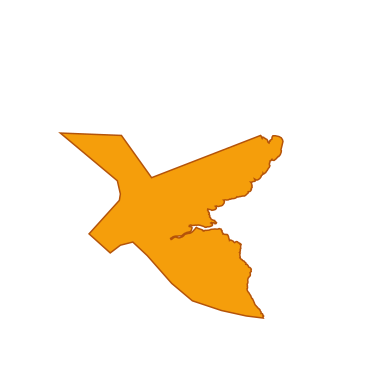 the district of Imeong, Palau, rotated 132°
{"feature_id": "81905179B35739525053108", "entity_name": "Imeong", "entity_type": "district", "adm_level": 2, "iso_a3": "PLW", "parent_name": "Palau", "parent_adm1": "", "projection": "orthographic", "projection_center": [134.514, 7.531], "detail": "fine", "context": "isolated", "style": "filled", "palette": "amber", "viewbox_px": 384, "rotation_deg": 132, "n_neighbors": 0, "source": "geoboundaries", "source_scale": "gbopen_adm2", "svg_char_len": 5780}
<svg xmlns="http://www.w3.org/2000/svg" viewBox="0 0 384 384"><g transform="rotate(132 192 192)"><path d="M197.2,282.3L236.3,329.3L233.6,255.0L241.4,243.9L246.8,240.4L292.0,240.5L292.0,212.0L279.4,209.6L268.8,202.5L269.2,182.7L273.5,145.9L272.6,118.9L260.4,90.9L247.8,68.7L238.0,54.7L237.7,55.4L237.5,55.7L236.9,55.6L236.5,55.6L236.2,55.9L236.4,56.3L236.2,56.7L236.2,57.0L235.9,57.0L235.8,57.4L235.4,58.1L235.5,58.7L235.6,59.0L236.1,59.4L235.4,59.9L234.9,60.5L234.7,61.6L234.4,62.4L234.0,62.8L234.1,63.7L233.9,64.1L234.1,64.7L234.0,65.7L233.8,66.6L233.9,67.2L233.7,68.1L233.6,69.5L233.1,70.8L232.6,71.6L232.2,72.6L231.7,73.6L231.3,74.5L231.1,75.1L230.8,75.7L231.1,76.2L230.8,76.9L230.4,77.7L230.3,78.2L229.8,78.8L229.6,79.7L229.2,81.2L229.0,81.7L228.8,82.3L228.7,83.2L228.6,84.0L227.9,85.5L227.0,86.4L226.6,86.3L226.1,86.7L225.4,87.1L225.2,87.7L224.4,88.2L224.1,88.8L223.5,89.4L222.9,89.4L222.1,89.8L221.5,90.2L220.9,90.8L220.2,91.7L219.7,92.0L218.7,92.5L218.2,92.7L217.6,92.6L216.6,92.8L215.8,92.7L215.2,92.7L214.5,93.3L213.9,93.7L213.6,94.3L213.0,95.0L212.2,94.8L211.4,94.8L210.8,95.5L210.4,96.1L209.8,96.2L209.5,96.9L209.4,97.8L209.4,98.6L209.9,99.6L209.6,100.2L209.2,101.1L209.1,101.9L209.0,102.7L209.7,103.6L209.1,103.8L208.6,104.8L208.8,105.8L208.5,106.9L209.0,108.4L209.1,108.9L208.8,109.4L208.9,110.2L209.2,111.0L208.9,111.5L208.9,113.1L208.5,112.2L207.8,113.0L207.3,113.8L206.8,114.3L206.4,114.7L205.5,115.1L205.3,116.2L204.3,116.0L204.1,116.6L203.0,117.0L202.8,117.4L202.2,118.0L201.6,117.8L201.1,118.1L200.7,118.7L200.1,119.3L199.3,119.8L198.8,120.2L198.2,120.3L198.0,121.0L198.1,121.8L198.6,121.7L198.4,122.3L198.4,123.2L198.8,123.6L198.6,124.2L198.6,125.0L198.9,125.5L199.3,126.0L200.6,126.3L201.1,126.4L201.2,126.9L201.2,127.4L201.1,127.9L201.0,128.5L201.3,129.2L201.4,130.0L201.6,130.6L202.0,131.3L202.6,131.4L203.0,131.6L202.6,132.0L202.5,132.5L202.1,132.9L201.4,134.2L200.6,135.2L200.1,136.5L200.0,137.2L200.2,137.7L200.7,138.0L200.8,138.5L201.5,139.1L201.7,139.6L201.9,140.0L202.5,140.8L201.9,141.2L202.0,141.9L201.8,142.4L201.4,143.2L200.9,143.4L200.6,143.9L200.9,144.2L200.4,145.1L200.1,145.6L200.7,146.4L200.7,146.9L201.2,147.5L201.9,147.7L202.9,148.5L203.5,149.4L204.2,150.3L205.7,151.6L206.3,152.3L207.5,153.2L208.4,153.5L209.4,154.2L210.1,154.9L211.1,155.8L211.6,156.5L212.2,156.9L212.7,156.9L213.1,157.0L213.1,157.6L213.5,157.9L213.5,158.5L213.2,158.6L213.4,159.5L214.0,160.9L214.8,162.7L215.2,164.0L215.3,165.0L216.2,165.2L217.2,165.0L218.6,165.0L220.3,165.0L221.9,165.1L223.9,165.8L224.4,166.2L225.5,167.2L226.7,168.0L227.8,168.7L228.5,169.0L230.3,168.9L231.8,169.2L233.1,169.9L234.2,170.4L235.2,171.4L235.8,172.7L236.4,173.9L236.9,174.5L238.1,175.0L239.5,175.2L241.0,175.5L241.3,175.8L240.8,176.9L239.2,176.4L238.5,176.3L237.7,176.0L236.9,175.5L236.1,175.0L235.3,174.2L234.3,173.1L233.2,172.1L232.7,171.6L231.9,170.8L231.2,170.3L229.9,170.2L229.0,170.0L227.9,169.9L227.1,169.4L226.1,169.1L225.2,168.6L224.2,167.8L223.1,167.1L222.3,166.7L221.8,166.7L220.5,167.0L219.7,167.5L219.0,167.7L218.4,168.2L218.3,168.9L218.8,169.8L219.3,170.6L219.5,171.0L219.0,171.2L218.6,171.6L217.8,171.0L217.2,170.8L217.1,170.0L216.6,169.4L216.4,169.0L215.7,168.5L215.0,167.8L214.2,167.2L213.9,166.7L213.1,165.9L212.4,165.4L212.2,165.0L211.7,164.3L211.2,163.5L210.8,162.5L209.9,160.6L209.6,159.7L209.5,158.8L209.3,158.7L209.2,158.3L209.0,158.2L208.4,157.6L207.7,157.4L207.1,156.7L206.4,156.0L205.5,155.4L204.2,154.8L203.9,154.6L203.3,154.6L202.7,154.7L202.3,155.2L202.4,156.5L202.5,157.3L202.1,157.2L201.6,157.1L201.7,156.5L201.1,156.2L200.9,155.5L200.3,155.4L200.0,154.3L200.2,153.6L199.3,153.4L199.3,153.1L198.9,153.1L198.8,153.3L198.4,153.3L198.3,154.6L198.4,155.7L198.0,156.1L198.6,157.1L199.2,158.6L199.2,159.4L199.4,160.1L198.8,160.9L198.8,161.5L198.8,162.3L197.9,162.6L197.4,163.7L197.4,164.4L196.7,164.4L195.8,165.6L196.1,165.9L195.8,166.7L195.3,167.0L195.1,168.3L194.1,168.9L193.7,168.1L192.9,166.7L192.6,166.2L192.3,164.9L191.3,164.3L190.8,163.7L189.9,163.4L189.5,163.0L188.0,162.9L187.3,163.6L186.8,163.9L186.9,165.1L186.0,164.5L185.5,163.1L184.8,162.4L184.0,162.0L183.4,161.5L182.7,161.0L181.6,160.5L180.6,160.5L179.8,160.6L178.5,160.8L177.8,161.5L177.3,161.6L176.9,162.5L176.9,163.1L175.4,161.9L174.8,160.9L173.3,159.6L172.2,159.3L171.3,158.3L170.1,158.0L169.9,157.4L168.6,156.3L167.8,155.8L166.5,155.3L165.6,155.4L165.6,155.0L165.1,154.8L164.3,153.9L163.5,153.6L163.1,153.0L162.7,152.8L160.9,151.5L160.0,150.4L159.5,150.3L158.8,149.9L157.9,149.9L156.6,149.8L155.2,149.6L154.5,150.0L154.4,150.4L154.1,150.4L153.1,149.4L152.2,149.2L151.3,149.3L150.6,149.4L150.5,150.0L149.9,150.1L149.3,150.5L148.8,150.3L148.0,150.6L147.6,151.6L147.0,151.7L146.6,152.3L146.3,152.8L146.0,153.3L145.5,154.0L145.4,154.9L144.8,154.1L144.1,153.9L143.3,153.6L142.5,152.8L141.8,152.4L141.1,152.5L140.8,152.9L140.8,153.8L140.5,154.3L140.4,153.7L140.1,152.7L139.7,151.7L138.6,151.1L136.9,150.7L135.9,150.7L134.3,150.9L133.4,151.5L132.7,151.2L131.2,151.3L130.6,151.7L130.9,150.9L130.6,150.7L130.0,150.7L128.2,150.2L127.7,150.4L126.7,150.5L125.3,150.6L123.6,151.0L121.9,151.1L120.3,151.7L120.1,152.7L119.4,153.1L118.9,153.7L118.7,153.6L117.5,154.2L116.9,154.8L116.4,154.6L115.8,154.3L115.1,154.4L114.6,154.6L114.2,154.5L114.6,153.8L114.2,152.9L113.5,152.1L111.2,151.7L107.9,151.7L107.7,151.3L106.0,151.3L104.9,151.5L102.7,152.4L101.5,153.2L101.2,154.1L99.1,155.2L93.6,158.2L92.6,159.7L92.0,161.9L92.6,164.5L94.5,167.8L96.1,169.5L97.7,169.2L99.4,167.9L101.0,168.5L102.0,168.0L102.3,168.5L103.8,167.6L104.1,167.5L104.2,168.5L104.0,169.2L103.7,169.6L103.0,170.7L102.8,171.7L103.2,172.6L103.2,173.5L103.6,174.3L103.4,175.2L104.0,176.3L105.2,175.8L105.0,176.4L104.5,177.1L104.4,177.8L104.1,178.2L104.1,178.9L208.4,231.6L197.2,282.3Z" fill="#f59e0b" stroke="#b45309" stroke-width="1.5"/></g></svg>